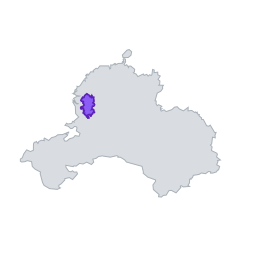 Anhui highlighted on a map of China, rotated 193°
{"feature_id": "CHN-1179", "entity_name": "Anhui", "entity_type": "Province", "adm_level": 1, "iso_a3": "CHN", "parent_name": "China", "parent_adm1": "", "projection": "equal_earth", "projection_center": [117.353, 32.025], "detail": "fine", "context": "in_parent", "style": "filled", "palette": "violet", "viewbox_px": 256, "rotation_deg": 193, "n_neighbors": 0, "source": "natural_earth", "source_scale": "10m", "svg_char_len": 7806}
<svg xmlns="http://www.w3.org/2000/svg" viewBox="0 0 256 256"><g transform="rotate(193 128 128)"><path d="M139.3,189.0L134.7,186.7L134.4,184.3L135.2,183.0L132.0,182.3L130.0,180.3L125.2,184.1L124.1,182.9L121.8,184.5L120.1,183.1L118.8,184.8L117.3,184.3L116.7,185.4L117.2,190.6L115.5,190.4L115.0,187.8L111.6,189.1L110.9,186.5L108.3,185.9L109.7,182.1L107.5,181.0L107.0,177.7L107.6,176.6L103.1,177.6L103.7,176.1L103.1,174.2L104.3,171.3L107.4,168.5L107.8,160.6L106.6,160.7L106.1,157.9L104.6,156.3L103.4,157.6L99.9,156.7L101.0,155.1L100.6,153.8L99.5,154.3L100.4,152.9L99.4,151.9L97.0,153.8L94.5,152.6L89.5,155.7L87.3,158.8L84.8,159.8L82.5,158.2L77.8,157.2L74.0,161.7L73.4,158.2L69.8,159.4L66.4,158.1L65.7,158.9L64.8,158.1L64.2,159.0L63.3,157.3L61.4,157.1L61.7,155.9L58.6,154.4L58.3,153.0L56.5,153.2L51.9,147.9L49.7,147.9L48.5,149.3L42.5,143.0L41.2,143.5L41.6,140.5L40.8,138.0L43.6,138.1L42.9,131.3L43.9,130.0L41.8,128.5L41.6,124.8L35.7,123.4L35.0,122.3L35.2,119.7L30.8,117.6L33.4,116.5L32.8,115.5L33.3,112.1L30.1,111.2L30.3,107.6L31.3,107.0L32.0,105.1L35.1,103.2L37.5,102.6L37.6,103.9L39.8,103.7L42.2,100.9L46.2,100.7L48.6,98.6L53.7,96.6L54.0,94.0L55.4,93.1L55.0,92.4L56.4,92.0L55.8,88.1L56.7,85.6L54.9,84.9L61.0,83.0L63.4,83.9L63.9,82.7L63.1,82.0L66.6,75.6L71.8,77.0L74.1,76.1L75.7,71.2L78.4,70.3L79.9,68.2L82.8,67.9L82.8,70.2L89.4,73.7L90.9,78.1L89.1,82.3L89.6,83.6L97.7,84.6L103.1,87.4L103.0,88.3L105.7,93.8L121.9,94.5L123.9,96.1L128.7,97.8L131.3,97.3L131.2,98.2L132.8,98.5L138.7,95.6L146.9,95.0L150.3,93.6L152.3,91.2L155.3,89.7L153.7,87.0L155.4,84.2L160.6,85.4L163.7,82.8L167.2,82.6L170.0,79.2L172.4,78.9L172.7,78.0L180.2,77.7L179.7,75.8L176.0,72.5L173.7,72.5L172.5,73.8L170.6,72.9L168.0,73.6L166.9,71.9L170.4,65.3L174.0,66.5L178.2,64.4L177.9,63.1L180.5,58.6L182.5,56.7L182.2,55.0L180.4,54.4L183.1,52.3L190.8,51.3L196.9,53.2L199.0,55.7L203.3,63.8L203.3,65.4L209.3,67.0L212.6,69.0L214.4,73.6L218.9,73.5L220.8,72.0L224.2,70.9L225.4,71.4L225.9,73.5L224.3,75.2L223.7,79.4L221.8,83.9L217.8,83.1L215.2,85.0L216.5,91.1L216.1,93.0L214.1,93.8L214.5,94.6L212.3,92.6L211.8,94.9L209.5,96.6L206.7,96.8L207.5,98.4L207.1,99.4L202.5,98.0L200.3,101.4L196.8,103.3L194.9,105.6L190.3,106.9L184.9,110.7L184.7,109.8L186.6,109.0L187.0,107.9L185.2,107.9L185.2,107.2L188.3,103.1L186.9,101.1L184.8,101.4L182.6,104.3L179.1,106.3L177.8,108.7L173.9,108.9L173.5,112.0L177.7,113.6L177.7,116.7L178.8,117.6L180.4,117.5L182.0,115.2L183.6,114.5L186.6,116.2L190.0,116.4L188.9,118.9L187.6,118.3L183.9,119.8L183.4,122.0L181.8,121.7L182.2,122.6L178.5,127.6L182.2,130.2L184.3,137.4L187.6,140.8L187.4,141.7L183.2,139.9L181.6,140.6L183.9,140.4L187.7,144.6L184.6,147.6L183.0,147.7L182.2,148.3L185.8,148.0L188.7,150.0L186.7,151.8L188.3,151.7L188.1,153.4L186.5,153.4L187.3,154.2L186.6,155.6L187.1,157.2L185.5,157.1L184.2,158.5L181.8,164.9L180.2,164.2L181.2,166.3L179.8,167.6L178.7,167.3L180.3,167.8L180.4,170.7L178.8,170.4L179.2,171.4L178.1,171.5L177.0,174.3L174.2,175.0L174.9,176.1L172.5,179.1L170.9,178.9L169.4,182.2L160.7,184.2L159.0,181.4L158.3,182.3L159.0,185.6L157.4,185.7L155.6,187.7L154.8,186.7L154.6,187.9L153.4,187.3L152.1,188.7L147.9,189.8L147.0,191.6L148.2,193.7L147.6,194.7L146.0,194.4L145.2,191.8L146.2,189.1L145.0,188.1L143.5,189.4L141.1,187.1L141.2,188.4L139.3,189.0ZM148.7,195.5L149.9,197.8L146.5,203.6L144.5,204.7L141.6,203.1L141.5,199.5L143.7,196.7L148.7,195.5ZM187.8,142.6L186.6,142.4L185.5,141.2L186.4,141.4L187.8,142.6ZM189.3,149.1L188.4,149.4L188.2,148.8L189.3,149.1ZM181.1,169.8L180.6,170.5L180.7,169.5L181.1,169.8ZM147.4,191.4L148.3,191.0L148.2,191.5L147.4,191.4Z" fill="#d9dde1" stroke="#a8b0b8" stroke-width="1"/><path d="M180.2,144.3L180.2,144.6L180.0,145.4L180.0,145.5L179.9,145.8L179.7,146.1L179.6,146.5L179.4,146.3L179.2,146.4L179.2,146.6L179.0,146.8L178.9,146.9L178.9,147.0L179.0,147.1L179.2,147.3L179.3,147.4L179.3,147.5L179.2,147.7L179.0,147.8L178.9,148.1L178.3,148.0L177.9,147.8L177.7,147.9L177.7,148.1L177.8,148.4L177.6,148.7L177.6,148.9L177.7,149.4L177.7,149.5L177.5,149.9L177.2,150.2L177.2,150.4L177.2,150.5L176.9,151.0L176.6,151.1L176.3,151.6L176.1,151.7L176.0,151.9L175.9,151.8L175.8,151.7L175.7,151.8L175.3,152.1L175.1,152.0L175.1,151.9L175.1,151.7L174.8,151.5L174.7,151.4L174.3,151.5L174.0,151.4L173.7,151.4L173.4,151.2L173.1,151.2L172.9,150.9L172.6,150.5L172.6,150.4L172.6,150.2L172.3,150.1L172.2,150.2L172.0,149.9L171.9,149.8L171.7,149.8L171.5,150.2L171.6,150.4L171.5,150.7L171.1,151.0L170.8,151.5L170.7,151.5L170.5,151.4L170.4,151.4L170.4,151.5L170.2,151.3L170.1,151.2L170.2,150.7L170.3,150.7L170.5,150.5L170.8,150.1L170.9,149.8L170.8,149.7L170.5,149.3L170.2,149.2L169.8,149.5L169.7,149.6L169.6,149.8L169.4,150.0L169.2,150.0L168.7,150.4L168.3,150.4L168.3,150.1L168.2,150.0L168.3,149.8L168.1,149.5L168.1,149.2L168.0,148.4L167.9,148.3L167.8,148.2L167.7,148.1L167.4,147.7L167.5,147.6L167.7,147.4L167.7,147.2L167.4,146.8L167.3,146.7L167.2,146.6L167.1,146.4L167.1,145.9L167.3,145.9L167.4,145.6L167.5,145.4L167.9,145.0L168.0,144.9L168.0,144.7L167.8,144.7L167.7,144.7L167.4,144.3L167.2,144.3L166.9,144.0L166.7,143.9L166.5,144.1L166.4,144.1L166.2,143.8L166.0,143.6L165.9,143.4L165.7,143.2L165.8,142.7L166.1,142.0L166.1,141.8L166.3,141.5L166.5,141.5L166.8,141.3L167.0,141.3L167.4,141.3L167.5,141.3L167.5,140.9L167.6,140.2L167.6,139.2L167.5,138.6L167.4,138.4L167.5,138.1L167.4,138.0L167.5,138.0L167.6,137.8L167.4,137.9L167.2,138.1L166.9,138.1L166.7,138.5L166.4,138.5L166.2,138.3L166.1,138.1L165.8,137.9L165.5,137.8L165.4,137.7L165.2,137.7L165.2,137.4L165.1,137.2L165.1,136.9L165.2,136.5L165.0,136.3L164.7,136.2L164.3,136.0L164.2,136.0L164.1,135.8L164.2,135.6L164.4,135.3L164.6,135.4L165.0,135.5L165.2,135.4L165.4,135.3L165.5,135.2L165.5,134.9L165.7,134.7L165.7,134.3L165.6,134.2L165.6,133.9L165.7,133.6L165.8,133.5L166.0,133.4L166.5,133.3L166.7,133.2L166.6,132.7L166.5,132.4L166.6,132.5L166.7,132.4L166.7,132.1L166.4,131.8L166.5,131.5L166.8,131.1L167.1,131.1L167.4,131.4L167.5,131.3L167.8,131.4L167.8,131.5L167.8,131.8L168.1,132.1L168.1,132.3L168.3,132.6L168.5,132.6L169.3,132.3L169.4,132.1L169.5,132.0L169.7,131.9L169.8,131.9L170.0,131.8L170.1,131.6L169.9,131.3L169.8,131.0L169.7,130.8L169.8,130.7L169.8,130.3L169.9,130.1L169.2,130.2L169.0,129.9L168.6,129.6L168.4,129.4L168.5,129.0L168.4,128.9L168.6,128.8L168.8,128.9L169.1,128.6L169.4,128.5L169.6,128.8L169.8,129.0L170.5,129.4L170.6,129.6L170.8,129.7L171.0,129.6L171.2,129.8L171.2,130.1L171.3,130.3L171.3,130.6L171.9,131.0L172.0,131.1L172.4,131.0L172.6,131.3L172.8,131.3L172.9,131.2L173.0,131.2L173.1,131.3L173.3,131.4L173.5,131.5L173.6,131.8L173.8,131.9L173.8,132.4L173.7,132.6L173.8,132.6L174.1,132.6L174.4,132.6L174.5,132.5L174.8,132.5L175.0,132.4L175.2,132.6L175.2,132.8L175.0,133.1L175.0,133.5L174.9,133.7L174.6,134.3L174.6,134.5L174.4,134.7L174.4,134.8L174.6,134.9L174.6,135.1L174.9,135.2L175.0,135.1L175.2,134.9L175.3,134.9L175.3,135.0L175.4,135.4L175.5,135.8L175.7,136.0L175.4,136.3L175.5,136.4L175.6,136.6L175.6,136.8L175.9,137.0L176.1,137.0L176.6,137.1L177.1,137.1L177.2,136.9L177.2,136.6L177.3,136.5L177.4,136.2L177.5,136.0L177.9,136.0L178.0,136.0L178.0,136.3L178.4,136.6L178.5,136.6L178.5,136.9L178.7,137.1L178.7,137.5L178.6,137.8L178.5,138.1L178.3,138.3L178.2,138.2L177.8,137.8L177.7,137.8L177.7,137.7L177.4,137.6L177.2,137.6L176.9,137.7L176.7,137.7L176.5,137.8L176.6,138.0L176.9,138.2L176.9,138.3L176.9,138.6L177.0,138.8L176.9,138.9L176.9,139.0L176.7,139.4L176.4,139.5L176.0,140.0L175.9,140.2L176.0,140.3L175.9,140.4L175.9,140.5L176.1,140.8L176.3,141.0L176.3,141.3L176.5,141.5L176.8,141.6L177.0,141.7L176.9,141.8L177.2,142.0L177.2,141.8L177.3,141.8L177.4,142.0L177.5,142.0L177.7,142.5L177.5,143.1L177.4,143.2L177.2,143.3L177.2,143.5L177.3,143.7L177.4,143.8L178.3,143.8L178.6,143.6L178.9,143.7L179.1,143.7L179.3,143.6L179.3,143.9L179.3,144.0L179.7,144.2L179.9,144.2L180.0,144.3L180.2,144.3Z" fill="#8b5cf6" stroke="#5b21b6" stroke-width="1.5"/></g></svg>